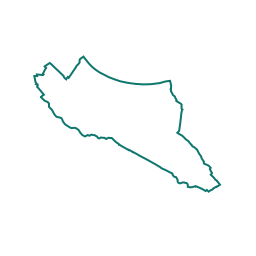 the district of Tiel, Gelderland, Netherlands, rotated 240°
{"feature_id": "6326949B29204266624827", "entity_name": "Tiel", "entity_type": "district", "adm_level": 2, "iso_a3": "NLD", "parent_name": "Netherlands", "parent_adm1": "Gelderland", "projection": "natural_earth1", "projection_center": [5.408, 51.887], "detail": "fine", "context": "isolated", "style": "outline", "palette": "teal", "viewbox_px": 256, "rotation_deg": 240, "n_neighbors": 0, "source": "geoboundaries", "source_scale": "gbopen_adm2", "svg_char_len": 5502}
<svg xmlns="http://www.w3.org/2000/svg" viewBox="0 0 256 256"><g transform="rotate(240 128 128)"><path d="M47.1,150.4L46.6,151.0L46.1,151.5L45.9,151.8L45.3,152.6L45.3,152.8L45.1,153.1L44.8,153.8L44.7,154.1L43.9,157.3L43.3,157.3L43.2,158.0L39.2,161.0L36.5,162.7L35.1,163.4L34.6,163.7L34.9,165.3L32.6,166.0L32.7,166.5L32.7,167.7L32.7,169.0L32.6,169.7L32.6,170.9L32.8,171.5L32.9,171.8L33.0,171.8L33.0,172.2L33.0,173.9L33.0,175.3L32.7,175.3L32.9,179.3L37.2,178.7L37.5,178.5L38.0,178.7L38.9,178.1L39.2,177.9L39.4,177.9L39.6,177.8L42.2,177.5L46.2,176.3L46.5,177.1L46.6,177.5L46.9,178.2L49.3,178.2L49.8,178.3L50.7,178.3L51.4,178.3L51.5,178.3L51.6,178.5L52.1,179.7L54.2,179.2L54.5,179.2L55.0,179.0L55.2,178.9L55.9,178.5L56.5,178.0L57.9,177.0L58.9,176.2L59.1,176.1L59.7,176.1L60.3,176.4L60.8,176.9L63.6,176.7L64.8,176.6L65.4,176.7L65.6,176.7L66.2,177.0L66.6,177.1L67.3,177.1L68.1,177.0L68.5,176.9L69.7,176.8L70.7,176.8L73.6,176.9L74.4,176.9L74.5,177.0L74.9,176.9L75.9,176.6L78.1,175.8L78.3,175.7L79.0,175.3L79.4,174.9L80.0,174.7L80.3,174.6L82.4,174.4L83.7,174.1L84.0,173.9L83.9,174.0L84.3,173.9L85.2,173.9L85.8,173.8L86.0,173.8L87.0,173.5L87.5,173.2L88.4,172.8L89.6,172.3L91.6,171.9L94.1,171.1L94.4,171.0L94.9,170.7L96.4,169.8L97.2,169.3L98.4,168.7L99.0,168.5L99.2,168.4L99.7,170.2L99.8,170.4L100.1,170.9L100.5,171.3L100.7,171.5L101.1,171.8L101.8,172.3L107.4,176.7L107.5,176.7L111.8,179.9L114.1,181.6L115.9,183.1L116.2,183.4L116.5,183.7L116.6,184.0L116.7,184.4L116.9,184.4L117.0,184.3L118.0,184.1L119.3,184.8L120.4,185.4L121.4,186.1L122.2,186.0L123.0,185.7L124.1,185.1L124.8,184.7L126.0,184.0L127.1,183.3L127.3,183.3L127.9,183.9L127.9,184.0L128.1,184.1L129.7,184.0L130.7,184.1L131.2,184.2L131.7,184.3L131.9,184.3L133.1,183.8L133.6,183.6L134.0,183.5L134.8,183.4L135.0,183.5L135.9,183.6L137.1,183.6L138.2,183.6L138.5,183.7L138.9,184.0L139.1,184.1L139.9,184.4L140.3,184.8L140.6,184.9L140.7,184.7L141.2,185.2L142.9,186.5L147.8,188.0L148.9,185.5L150.1,181.9L150.6,179.4L150.7,179.2L151.2,177.6L152.3,174.9L153.2,172.8L154.3,170.2L155.3,168.2L158.4,162.6L160.5,159.5L162.1,157.0L166.1,151.8L167.9,149.6L172.0,145.0L172.7,144.3L175.1,142.2L177.3,140.3L181.5,136.9L188.3,132.5L189.6,131.6L191.5,130.6L193.2,129.8L195.4,128.8L197.0,128.2L198.3,127.7L199.6,127.3L200.9,127.0L202.4,126.6L204.5,126.2L210.5,125.3L212.1,125.1L211.7,121.1L211.2,120.2L209.9,119.3L209.0,118.9L208.4,117.7L207.9,116.1L207.5,114.4L206.9,113.6L206.7,113.3L205.6,111.0L203.2,106.1L203.1,105.9L203.0,105.7L202.8,105.3L201.1,101.7L202.3,101.4L201.3,99.1L201.1,98.8L202.4,98.3L203.4,98.1L204.0,98.0L204.4,98.0L205.1,98.1L205.3,98.2L210.9,96.6L215.8,95.1L220.1,93.9L222.3,93.2L223.4,92.8L223.3,90.4L223.0,86.6L220.9,87.1L220.5,86.1L220.2,85.5L218.3,82.6L217.6,81.5L216.6,81.7L216.4,80.8L216.4,80.7L217.4,79.4L218.5,77.9L219.4,76.6L219.9,75.8L218.4,75.3L219.8,72.8L214.6,71.1L214.1,70.9L213.7,70.9L213.3,70.9L212.0,71.1L211.7,71.2L211.7,70.4L210.4,71.1L210.1,71.2L209.6,70.6L209.1,69.9L208.5,70.1L207.5,70.3L198.9,71.8L198.9,70.8L198.7,69.8L198.6,69.2L198.2,68.2L198.3,68.1L198.2,68.0L196.4,68.6L194.0,69.2L193.4,69.5L193.0,69.7L192.5,70.0L190.8,71.3L190.4,71.5L189.8,71.7L189.3,71.7L188.9,71.7L188.6,71.7L188.1,71.5L186.6,70.6L186.3,70.4L186.1,70.3L185.7,70.2L185.2,70.3L183.6,70.7L183.1,70.9L182.0,71.1L181.1,71.2L180.7,71.2L178.2,71.1L177.3,71.1L175.8,71.2L175.1,71.3L174.1,71.5L173.9,71.6L173.4,71.8L173.2,72.0L172.9,72.3L172.7,72.5L170.6,74.7L170.2,75.0L169.8,75.2L169.5,75.3L169.3,75.3L168.7,75.3L166.8,75.0L166.1,75.0L165.1,75.0L164.5,75.1L163.8,75.2L163.0,75.3L162.4,75.5L161.9,75.7L160.9,76.2L158.1,77.7L157.1,78.2L156.5,78.7L156.3,78.9L156.0,79.3L155.9,79.5L155.7,80.1L154.9,81.7L154.5,82.3L154.3,82.5L154.0,82.7L153.1,83.2L152.1,83.7L151.5,84.0L151.2,84.1L150.6,84.2L149.7,84.3L147.9,84.3L147.7,84.3L146.7,84.6L145.3,84.8L144.8,84.9L143.6,85.7L142.9,86.0L142.6,86.2L142.4,86.3L142.3,86.5L142.2,86.8L142.1,87.4L142.1,87.7L142.1,88.2L142.1,88.7L142.2,89.1L142.1,89.4L141.8,89.8L141.6,90.0L141.1,90.3L140.8,90.5L140.6,90.8L140.5,91.0L140.5,91.5L140.5,91.8L140.6,92.3L140.6,92.6L140.6,92.9L140.4,93.2L140.1,93.5L139.6,94.0L139.3,94.3L139.0,94.7L138.6,95.3L138.4,95.6L137.2,96.2L136.5,96.7L136.2,96.8L135.8,96.9L135.0,97.0L134.6,97.0L134.1,97.2L134.0,97.3L133.7,97.5L133.4,97.9L133.3,98.1L133.3,98.4L133.4,99.0L133.4,99.3L133.3,99.7L133.0,100.2L132.2,101.2L132.0,101.5L131.7,102.0L131.4,102.5L131.1,102.7L130.8,102.9L130.2,103.2L129.9,103.3L129.6,103.4L129.5,103.5L129.4,103.7L129.4,104.1L129.4,104.3L129.4,104.7L129.4,105.5L129.4,105.8L129.3,106.1L129.2,106.3L129.0,106.7L128.4,107.4L128.1,107.8L127.8,108.3L127.5,108.9L127.1,109.0L126.5,109.3L124.8,109.6L124.4,109.8L121.9,110.5L119.0,111.9L118.7,112.0L117.9,111.8L117.7,112.3L116.5,112.9L113.4,114.7L110.7,116.3L108.4,117.6L108.6,117.9L105.4,119.9L105.2,119.8L104.6,120.2L104.7,120.3L101.4,122.4L98.4,124.1L94.2,126.7L94.1,126.8L88.9,130.0L83.5,133.2L77.9,136.4L77.4,136.4L74.8,137.9L74.0,138.7L67.8,142.7L67.5,143.0L66.6,143.6L66.4,143.5L66.2,143.6L65.6,143.4L65.0,143.3L64.6,143.3L63.6,143.4L63.0,143.6L62.6,143.7L62.4,143.9L62.1,144.3L61.9,144.6L61.7,144.8L61.4,145.0L61.0,145.1L60.8,145.1L59.2,145.0L58.8,145.0L58.2,145.0L57.8,144.8L57.2,144.4L56.9,144.3L56.7,144.2L56.4,144.2L55.8,144.2L55.4,144.3L54.9,144.6L54.3,145.1L54.2,145.3L53.9,145.7L53.8,146.0L53.8,146.9L53.6,147.5L53.6,147.8L53.2,148.6L53.0,149.1L52.7,149.5L52.0,150.0L51.6,150.4L51.0,151.2L50.6,151.3L50.1,151.5L49.9,151.5L48.8,151.2L48.3,151.1L47.7,150.8L47.1,150.4Z" fill="none" stroke="#0f766e" stroke-width="2"/></g></svg>